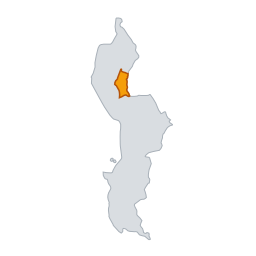 Ntcheu on a map of Malawi (orthographic projection), rotated 188°
{"feature_id": "MWI-1912", "entity_name": "Ntcheu", "entity_type": "District", "adm_level": 1, "iso_a3": "MWI", "parent_name": "Malawi", "parent_adm1": "", "projection": "orthographic", "projection_center": [34.67, -14.815], "detail": "fine", "context": "in_parent", "style": "filled", "palette": "amber", "viewbox_px": 256, "rotation_deg": 188, "n_neighbors": 0, "source": "natural_earth", "source_scale": "10m", "svg_char_len": 4032}
<svg xmlns="http://www.w3.org/2000/svg" viewBox="0 0 256 256"><g transform="rotate(188 128 128)"><path d="M98.9,148.8L97.4,146.8L96.2,147.4L94.6,148.8L93.7,149.2L93.2,149.1L92.9,148.8L92.6,147.9L91.3,145.3L89.8,143.5L88.3,142.7L87.0,141.9L87.6,141.1L88.2,140.5L87.9,139.9L87.2,139.0L84.5,137.7L84.4,137.2L86.8,136.0L88.3,134.7L89.3,133.4L90.6,130.6L91.6,127.8L92.4,126.9L92.7,125.1L92.5,123.0L93.0,120.4L93.2,117.8L92.4,116.9L91.7,115.2L92.5,112.3L93.8,110.3L99.8,108.2L104.0,106.4L104.9,105.5L106.3,103.9L107.1,102.4L106.5,101.9L103.2,101.9L102.4,101.3L100.0,95.9L101.3,89.6L101.4,87.2L101.3,84.1L100.9,81.9L99.8,81.0L99.2,79.8L99.3,76.5L100.3,76.1L102.4,71.8L103.3,69.3L102.2,67.3L100.9,64.4L100.4,62.5L100.1,61.9L100.9,60.8L102.3,59.7L103.9,59.4L105.6,58.8L110.9,53.5L111.0,52.4L110.0,50.6L108.0,47.9L107.6,46.8L107.3,43.6L106.5,42.6L103.6,40.5L101.3,38.2L102.0,35.8L102.4,33.3L101.3,31.9L99.6,30.4L98.6,28.3L98.1,26.7L96.8,26.1L95.6,26.1L94.7,27.1L93.8,27.0L92.6,26.7L92.2,25.3L92.2,23.9L91.4,22.9L90.6,21.5L90.5,20.7L91.0,20.5L92.0,20.4L96.3,23.1L98.9,23.3L101.8,23.8L104.3,26.2L105.6,26.5L107.2,26.2L111.9,25.9L113.8,26.2L116.2,27.7L117.1,27.9L118.7,27.9L118.9,27.5L119.1,26.7L118.8,25.0L119.2,24.0L120.1,23.0L122.6,24.2L129.0,29.5L129.2,30.2L133.3,35.6L134.6,37.8L134.6,39.0L135.9,43.7L136.1,45.9L135.9,47.5L135.9,48.9L136.4,50.8L136.2,51.6L137.7,54.4L138.4,56.7L138.5,59.0L138.1,61.3L136.9,64.5L136.6,65.8L136.9,67.0L137.7,68.3L139.1,69.7L140.2,71.4L140.9,73.4L141.5,74.3L142.2,74.3L143.6,74.6L144.6,75.7L145.9,77.7L146.3,79.9L146.5,80.9L142.9,80.8L138.3,81.2L137.2,82.0L136.9,84.0L135.4,88.0L134.7,89.5L133.0,92.2L130.6,96.0L130.1,97.2L130.2,98.5L131.6,103.7L133.1,109.1L133.5,111.2L134.6,118.4L135.2,123.5L135.2,126.5L135.7,130.5L137.0,132.7L138.4,134.0L143.5,134.9L145.0,135.9L147.9,138.4L154.2,145.5L157.7,150.0L160.7,154.0L166.2,161.4L170.4,167.1L170.9,172.5L171.6,173.3L170.1,177.3L169.1,183.7L169.8,188.0L169.5,195.3L168.7,203.0L167.7,205.8L166.4,206.8L163.5,207.7L157.0,208.6L156.1,209.5L155.2,211.0L153.9,214.6L152.4,218.2L151.9,219.7L152.2,220.1L153.6,221.9L154.9,226.6L155.1,234.7L154.7,235.3L152.8,235.6L150.7,235.5L149.9,235.1L149.1,234.2L148.6,232.4L149.9,231.2L150.4,229.1L149.6,227.3L147.8,226.9L145.6,225.3L141.0,219.9L137.1,216.1L134.8,213.0L132.5,211.7L131.8,211.0L131.3,209.7L131.3,207.7L131.5,206.3L130.7,204.8L128.4,202.3L127.3,201.0L127.2,199.4L128.2,197.8L130.2,195.9L131.8,192.0L132.3,189.5L135.1,184.5L135.5,180.1L135.6,176.7L135.4,174.1L134.7,168.7L134.2,165.0L130.7,160.2L129.5,159.7L126.2,160.2L123.3,160.9L121.9,161.9L119.7,162.0L114.1,162.8L112.3,163.2L111.3,164.1L110.7,164.2L107.2,160.5L104.0,156.5L100.0,149.7L98.9,148.8ZM140.0,95.7L139.0,95.9L138.4,95.4L138.5,93.9L138.9,92.9L139.8,92.7L140.5,93.0L141.0,93.5L141.0,94.3L140.7,95.1L140.0,95.7ZM137.8,93.0L137.3,94.5L136.2,94.5L135.1,93.1L135.5,92.1L136.5,91.8L137.4,92.2L137.8,93.0Z" fill="#d9dde1" stroke="#a8b0b8" stroke-width="1"/><path d="M135.6,181.8L135.3,179.7L135.4,179.2L135.7,178.9L135.6,178.6L135.4,178.2L135.4,177.8L135.5,177.4L136.1,176.7L136.3,176.3L136.3,175.8L136.1,175.4L135.8,174.9L135.6,174.5L135.4,173.9L135.3,173.5L135.3,171.4L135.2,170.5L134.9,169.7L134.4,168.8L134.2,167.9L134.6,166.2L134.5,165.3L134.1,164.4L132.7,163.0L132.0,162.2L131.2,160.4L130.8,159.9L131.1,159.6L131.4,159.4L131.5,159.3L132.3,159.5L132.7,159.5L133.0,159.6L133.3,159.8L133.5,159.9L134.0,160.1L134.3,160.4L134.6,160.4L135.0,160.3L136.5,159.7L138.5,158.1L140.7,156.8L140.9,159.6L141.3,161.6L142.0,163.8L145.2,168.0L145.5,168.4L146.3,168.7L147.2,169.4L147.1,169.8L147.2,170.2L147.3,170.6L147.3,170.9L147.2,171.3L146.8,172.9L146.7,173.1L145.3,175.0L145.2,175.2L145.2,175.3L145.3,175.6L145.3,175.8L145.3,176.0L143.3,185.0L143.0,185.3L142.8,185.3L142.7,185.3L142.6,185.2L142.7,184.8L142.7,184.6L142.7,184.3L142.6,184.0L142.5,183.6L142.2,183.4L142.0,183.2L141.7,183.1L141.3,182.9L140.2,182.7L139.9,182.6L139.6,182.5L139.4,182.5L139.0,182.6L138.9,182.6L137.3,182.1L136.0,181.8L135.6,181.8Z" fill="#f59e0b" stroke="#b45309" stroke-width="1.5"/></g></svg>